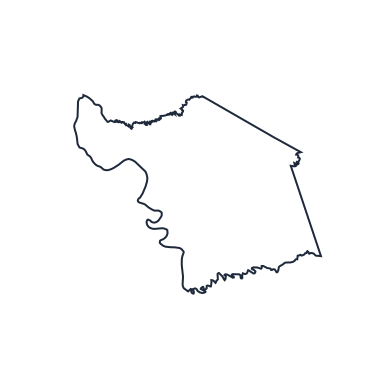 outline of Bermejo, Chaco, Argentina, rotated 119°
{"feature_id": "61730980B13060120877983", "entity_name": "Bermejo", "entity_type": "district", "adm_level": 2, "iso_a3": "ARG", "parent_name": "Argentina", "parent_adm1": "Chaco", "projection": "natural_earth1", "projection_center": [-58.71, -26.994], "detail": "fine", "context": "isolated", "style": "outline", "palette": "slate", "viewbox_px": 384, "rotation_deg": 119, "n_neighbors": 0, "source": "geoboundaries", "source_scale": "gbopen_adm2", "svg_char_len": 6076}
<svg xmlns="http://www.w3.org/2000/svg" viewBox="0 0 384 384"><g transform="rotate(119 192 192)"><path d="M185.6,48.1L121.2,118.3L119.9,114.8L119.5,114.3L119.0,114.3L118.8,113.8L118.5,113.7L118.2,115.5L117.1,116.5L117.0,113.7L116.0,112.6L115.4,112.6L114.9,113.1L115.1,113.6L116.1,114.2L115.2,114.9L114.7,114.9L114.4,113.9L113.9,113.5L111.3,113.6L110.5,113.9L110.1,114.9L110.4,115.9L109.3,116.3L108.5,116.9L108.4,118.1L108.8,119.0L107.9,119.1L106.9,118.7L104.4,116.1L104.5,146.6L103.2,228.0L103.5,228.2L103.5,228.6L103.2,229.3L105.7,231.5L105.9,232.3L105.0,233.8L105.2,234.4L105.9,234.0L106.3,234.1L107.1,235.2L107.3,236.4L107.8,236.6L109.0,238.5L109.1,238.4L108.9,237.2L109.1,237.2L110.1,238.6L112.6,239.1L112.8,239.9L113.3,240.5L114.8,241.4L116.4,240.9L116.5,239.9L117.8,239.5L118.5,239.5L119.1,239.9L119.4,240.7L120.4,241.2L120.5,242.0L121.3,241.3L121.9,241.1L124.5,242.3L124.5,240.9L125.3,240.3L125.1,239.3L126.0,238.9L127.8,239.2L128.5,238.7L129.7,238.3L130.0,238.9L130.1,240.2L131.0,239.6L131.5,240.3L131.1,241.5L130.7,244.0L129.9,244.9L129.8,245.9L130.6,246.2L130.8,246.1L131.2,245.2L132.0,245.4L132.3,245.0L132.2,245.8L131.4,245.8L131.1,246.4L132.1,247.6L132.7,247.6L133.2,246.5L134.2,246.7L134.1,247.5L133.2,249.1L133.8,249.4L134.5,248.6L134.9,248.9L134.8,249.8L135.7,251.0L136.1,250.9L136.2,250.5L136.4,250.7L136.8,251.6L137.1,251.6L138.3,252.8L139.7,254.5L140.2,255.7L141.0,256.4L141.4,255.9L141.9,255.9L141.9,255.5L142.6,255.0L142.8,255.4L143.1,255.1L144.1,255.4L143.6,255.9L143.9,256.8L144.2,256.8L144.3,256.2L145.0,256.3L144.7,256.9L145.4,257.0L145.5,257.5L146.0,257.7L145.8,258.5L146.1,259.0L146.6,259.0L147.0,258.4L146.9,257.8L147.3,257.5L147.6,257.6L147.9,258.8L148.4,259.0L148.3,259.7L149.0,260.1L148.9,260.9L149.8,261.0L149.6,261.8L150.1,262.0L150.2,261.6L150.7,261.6L150.8,261.9L151.3,262.0L150.8,262.4L150.9,263.0L151.5,263.0L152.3,262.2L152.2,261.6L152.6,261.7L153.0,261.4L153.2,261.9L152.9,262.4L153.0,262.9L152.8,263.1L152.7,264.1L152.3,264.8L153.0,265.0L153.4,264.1L153.6,264.6L154.0,264.4L155.0,264.8L155.3,264.2L155.7,264.8L155.3,265.5L155.3,266.3L153.7,266.5L154.0,267.0L153.7,267.5L154.3,267.6L154.7,268.2L154.7,268.7L155.4,269.1L155.4,269.4L156.1,269.2L156.4,269.7L156.3,270.2L156.6,270.4L156.8,271.1L157.3,271.2L157.5,271.8L158.1,275.2L158.4,275.3L158.7,275.0L159.1,275.0L159.4,276.4L160.7,276.7L164.0,276.3L164.3,275.4L164.9,275.7L165.0,275.5L166.0,275.5L166.0,276.5L165.3,277.0L165.1,277.9L164.5,277.9L164.4,278.7L163.7,279.0L163.7,279.7L164.5,279.3L165.4,279.3L165.1,281.3L165.5,282.0L165.2,282.2L165.2,283.0L164.6,283.0L165.0,283.6L163.9,285.3L164.1,285.6L164.6,285.4L164.7,286.1L164.4,286.7L164.6,287.0L165.0,286.8L165.2,287.2L165.6,287.4L165.2,288.2L165.3,288.5L165.1,289.0L165.1,289.4L165.7,289.1L166.4,289.7L166.5,290.2L165.9,291.1L165.6,292.1L165.9,293.1L166.2,293.3L166.2,291.9L166.8,291.5L166.9,292.7L167.4,293.1L167.8,292.9L168.5,293.7L168.8,297.7L171.2,299.2L171.6,299.9L169.9,304.2L169.5,304.6L168.0,307.8L167.2,308.9L166.9,309.3L162.6,311.6L161.7,312.9L161.1,314.9L161.2,316.3L162.3,318.3L162.3,320.1L160.7,322.8L159.7,327.3L159.5,330.1L159.9,334.0L161.2,333.3L162.8,333.7L164.9,335.9L168.2,335.5L181.8,328.5L186.0,327.8L189.4,327.7L191.7,326.9L194.7,324.3L196.9,321.9L200.3,319.0L205.5,315.3L207.6,312.0L206.9,308.7L206.9,307.1L207.7,305.0L210.0,301.7L210.3,298.8L211.0,296.9L212.7,294.7L213.8,292.7L214.8,289.6L214.9,287.4L214.4,284.2L215.2,280.3L215.0,278.9L214.5,277.6L213.5,275.9L211.0,273.6L208.8,272.1L204.0,269.5L197.6,266.8L195.2,265.0L193.8,263.3L193.1,260.8L193.0,259.1L193.1,256.4L196.7,242.6L198.5,240.3L201.4,237.8L204.8,236.4L209.7,235.3L216.9,234.5L222.1,234.7L223.7,235.5L225.5,235.4L226.5,234.6L226.7,232.7L225.8,228.7L225.7,226.9L226.6,222.1L226.7,218.1L226.5,215.8L224.7,212.7L224.4,211.5L224.4,209.5L225.0,208.3L227.1,207.2L228.3,207.0L232.9,207.4L235.0,208.2L236.8,209.7L237.4,210.9L237.8,212.7L237.2,214.8L237.5,217.2L238.0,217.5L239.8,217.4L241.4,216.4L242.6,215.1L243.6,212.8L243.7,211.0L243.2,208.5L242.4,206.8L238.4,200.9L237.4,198.7L237.1,195.9L237.3,195.1L240.1,193.3L242.7,192.9L244.5,193.1L247.1,194.2L249.4,196.0L250.1,196.3L251.7,195.8L252.2,195.2L252.5,194.4L253.0,191.2L252.7,188.7L250.7,184.0L248.7,180.1L247.0,175.7L247.1,173.2L248.2,170.5L249.0,169.9L252.5,169.4L255.6,168.4L260.8,165.6L270.4,158.8L277.2,155.5L278.5,154.6L279.9,153.0L280.2,152.2L280.8,147.2L277.4,146.1L277.3,145.4L278.0,144.9L279.2,144.5L280.2,143.6L280.4,142.0L280.1,141.4L279.1,141.6L278.4,142.0L277.9,142.5L277.5,143.8L277.0,144.2L276.3,144.0L275.8,143.3L275.0,142.9L274.7,142.1L274.7,140.9L275.8,139.2L276.0,136.2L275.2,133.8L273.7,132.1L272.8,131.8L272.5,132.8L272.4,135.2L272.6,136.4L272.5,137.4L271.8,137.5L270.0,136.8L269.6,136.3L270.4,135.2L271.2,134.6L271.5,134.0L271.1,133.2L270.2,132.7L269.1,132.5L267.1,133.6L266.5,133.4L266.0,132.5L265.8,130.3L265.4,129.7L261.7,131.1L259.7,132.4L259.3,131.5L259.2,130.0L260.1,127.4L259.5,127.3L258.0,127.6L255.9,127.0L251.4,129.9L250.1,129.6L249.8,129.0L251.1,124.6L252.0,122.9L252.9,121.7L253.3,120.7L252.2,120.5L251.4,120.7L249.5,121.5L249.1,121.9L249.0,123.3L248.5,123.3L247.7,122.8L247.3,121.7L247.1,120.3L247.2,114.8L246.4,114.0L245.8,114.5L245.7,115.1L245.9,115.8L245.7,116.8L245.0,117.1L244.1,116.6L241.1,110.7L241.3,109.4L243.5,107.7L243.7,107.1L243.4,106.4L242.8,106.3L240.7,107.6L238.5,108.1L238.0,105.7L236.8,104.7L235.8,104.6L233.2,105.0L233.0,104.3L233.4,100.6L233.4,98.6L232.8,97.8L231.2,97.8L230.6,98.1L230.1,100.3L230.4,102.0L230.0,102.5L229.4,102.7L228.1,101.7L226.4,98.4L225.6,94.4L224.7,94.2L223.0,95.2L222.2,93.9L222.0,89.2L221.0,86.6L221.1,85.8L221.8,85.0L221.4,84.2L220.4,83.7L219.9,83.1L219.7,82.5L219.7,81.8L221.2,79.1L220.7,78.5L218.9,78.5L215.7,79.6L214.6,79.4L210.9,77.2L209.4,76.8L208.3,75.9L205.8,71.6L204.1,69.8L202.2,68.8L201.0,68.8L200.2,68.2L199.8,67.3L196.5,68.7L195.3,67.3L194.4,66.8L194.3,66.1L194.5,65.4L194.0,64.8L192.2,63.5L190.8,63.4L189.9,62.3L188.6,62.6L187.8,62.4L188.1,61.1L189.0,60.0L189.2,59.5L187.7,58.5L187.2,57.3L186.9,55.7L187.6,53.2L187.4,52.1L186.5,50.4L185.6,48.1Z" fill="none" stroke="#1e293b" stroke-width="2"/></g></svg>